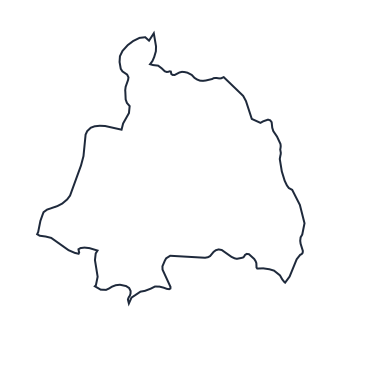 the County of Dibër, rotated 205°
{"feature_id": "ALB-1526", "entity_name": "Dibër", "entity_type": "County", "adm_level": 1, "iso_a3": "ALB", "parent_name": "Albania", "parent_adm1": "", "projection": "equal_earth", "projection_center": [20.235, 41.61], "detail": "fine", "context": "isolated", "style": "outline", "palette": "slate", "viewbox_px": 384, "rotation_deg": 205, "n_neighbors": 0, "source": "natural_earth", "source_scale": "10m", "svg_char_len": 2393}
<svg xmlns="http://www.w3.org/2000/svg" viewBox="0 0 384 384"><g transform="rotate(205 192 192)"><path d="M314.3,283.6L314.7,284.6L314.6,290.6L312.3,298.0L309.1,304.0L304.7,309.5L299.8,312.5L294.9,311.0L293.7,319.7L286.1,308.7L284.2,304.2L283.3,298.3L283.2,294.0L284.0,290.1L280.9,290.6L276.1,292.2L271.8,291.3L267.7,289.9L265.6,290.1L264.3,290.9L263.3,291.9L262.1,292.2L260.6,290.2L259.1,289.9L257.2,290.7L253.9,295.0L251.8,296.7L249.3,297.6L246.6,298.2L241.7,298.0L238.0,296.5L234.9,296.1L231.8,296.3L229.0,297.4L226.6,298.9L221.5,302.9L220.5,304.3L219.2,305.1L218.0,305.7L215.8,306.3L214.6,306.8L213.7,307.3L211.8,309.5L186.2,300.7L181.5,297.2L168.7,283.5L159.2,283.6L157.3,286.2L153.7,289.7L151.4,290.0L149.3,288.9L146.4,284.1L144.0,281.5L138.3,278.1L132.1,272.9L131.0,271.1L130.4,269.4L130.0,267.8L128.1,265.1L127.6,263.8L127.2,262.0L126.4,259.0L119.3,248.6L112.8,241.4L108.8,238.1L105.9,236.5L102.1,236.3L88.8,225.9L76.8,211.2L74.1,200.0L74.4,196.8L73.3,193.5L71.7,191.0L66.6,185.4L66.0,183.6L66.4,182.0L67.4,180.8L68.7,175.3L67.8,156.6L69.3,149.2L70.4,149.5L73.2,150.9L77.0,153.6L84.4,155.4L89.2,154.7L95.2,152.9L100.5,150.2L101.6,150.8L103.6,154.7L105.0,156.1L107.3,157.6L114.1,159.7L116.3,159.0L117.4,157.2L117.5,155.5L117.9,154.4L119.0,153.4L123.1,150.4L125.3,149.9L128.8,149.9L140.5,152.0L143.6,151.2L145.8,149.3L147.1,146.9L148.5,141.6L149.9,139.7L152.4,137.9L184.8,125.0L187.4,121.0L187.6,118.4L187.4,112.2L185.9,109.2L171.4,96.9L170.8,95.4L171.6,94.3L173.8,93.6L177.3,93.3L181.5,92.5L185.6,90.7L188.6,86.9L192.9,82.5L196.6,79.9L202.2,70.7L202.1,64.3L204.6,67.4L204.8,68.7L204.8,70.3L204.5,71.8L204.8,74.0L205.8,76.3L208.4,78.4L212.0,78.9L218.1,77.5L221.7,75.3L224.5,72.4L226.4,69.5L228.5,67.0L233.5,64.9L240.2,65.5L239.7,66.9L241.7,75.3L251.2,89.3L253.3,95.6L252.9,99.0L261.2,97.8L265.9,96.2L269.3,94.1L270.7,92.1L269.7,90.7L268.7,89.5L268.7,88.1L272.4,87.3L279.3,87.1L300.2,90.9L305.8,89.8L311.6,88.0L314.5,88.3L314.5,90.7L317.2,101.8L317.8,108.1L318.0,111.0L315.9,114.8L308.0,122.4L304.7,126.7L302.0,132.5L301.0,137.2L303.8,169.1L305.5,178.6L312.7,199.1L312.7,202.0L312.7,202.9L310.9,207.5L308.0,210.4L303.5,213.1L298.6,215.1L282.2,218.7L283.4,225.0L282.5,236.9L284.8,243.5L288.6,245.2L291.2,247.8L294.8,254.7L295.5,255.9L296.6,259.3L297.3,266.6L298.0,269.0L300.4,271.0L306.0,271.9L308.6,273.5L312.6,279.2L314.3,283.6Z" fill="none" stroke="#1e293b" stroke-width="2"/></g></svg>